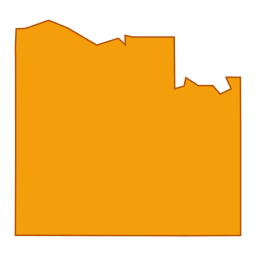 Douglas, Kansas, United States of America (orthographic projection)
{"feature_id": "52423323B27680386687598", "entity_name": "Douglas", "entity_type": "district", "adm_level": 2, "iso_a3": "USA", "parent_name": "United States of America", "parent_adm1": "Kansas", "projection": "orthographic", "projection_center": [-95.249, 38.904], "detail": "fine", "context": "isolated", "style": "filled", "palette": "amber", "viewbox_px": 256, "rotation_deg": 0, "n_neighbors": 0, "source": "geoboundaries", "source_scale": "gbopen_adm2", "svg_char_len": 495}
<svg xmlns="http://www.w3.org/2000/svg" viewBox="0 0 256 256"><path d="M240.4,77.3L226.0,77.2L231.2,88.8L220.1,94.1L212.8,85.6L198.2,85.6L185.9,77.7L184.1,86.0L174.7,88.8L174.5,67.9L174.2,37.1L133.1,37.1L125.1,35.4L125.3,44.8L118.3,38.3L96.7,45.1L67.6,28.0L48.6,20.3L25.7,28.4L16.2,28.8L15.4,47.8L15.6,55.9L15.7,150.2L15.6,178.7L15.4,235.3L134.4,235.6L146.8,235.6L184.3,235.7L240.6,235.5L240.6,197.7L240.6,150.4L240.6,122.0L240.4,77.3Z" fill="#f59e0b" stroke="#b45309" stroke-width="1.5"/></svg>